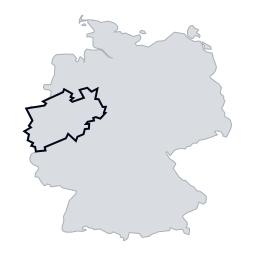 location of Nordrhein-Westfalen within Germany
{"feature_id": "DEU-1572", "entity_name": "Nordrhein-Westfalen", "entity_type": "State", "adm_level": 1, "iso_a3": "DEU", "parent_name": "Germany", "parent_adm1": "", "projection": "natural_earth1", "projection_center": [7.941, 51.424], "detail": "coarse", "context": "in_parent", "style": "outline", "palette": "ink", "viewbox_px": 256, "rotation_deg": 0, "n_neighbors": 0, "source": "natural_earth", "source_scale": "10m", "svg_char_len": 4048}
<svg xmlns="http://www.w3.org/2000/svg" viewBox="0 0 256 256"><path d="M108.2,233.4L100.2,229.1L93.3,229.5L92.1,228.1L89.7,228.2L86.1,226.0L83.0,227.3L82.2,228.6L82.5,229.3L85.7,229.4L86.1,230.1L82.9,231.4L77.5,231.0L71.2,232.2L65.9,232.1L62.9,231.0L62.0,229.0L62.3,226.1L63.5,222.2L63.9,219.3L63.3,217.5L64.1,214.8L66.1,211.2L69.2,200.7L76.1,193.4L76.0,190.9L64.0,188.3L62.0,187.6L60.3,185.6L50.8,186.8L50.0,184.8L47.5,184.0L44.9,185.6L43.9,185.4L40.3,180.7L39.4,178.5L37.6,177.1L35.0,176.9L35.8,172.6L38.3,169.4L38.4,166.8L33.1,164.6L30.4,161.6L29.8,158.1L31.3,154.1L35.7,151.7L35.2,147.7L31.5,145.7L31.3,145.0L32.8,143.5L27.4,139.1L28.6,134.6L27.7,133.3L25.2,132.3L24.3,130.9L26.2,130.6L30.5,127.5L30.7,127.0L29.5,126.6L29.3,125.3L32.2,118.8L32.1,117.7L29.8,114.5L29.7,113.3L26.6,109.7L26.6,108.6L31.5,106.3L35.8,107.9L37.4,107.0L39.5,107.1L44.5,105.5L45.9,103.5L44.0,101.8L44.2,100.6L49.9,97.0L50.8,95.2L51.2,91.9L50.5,90.8L49.7,90.1L44.8,89.5L43.5,87.6L43.9,85.1L44.8,84.6L50.7,84.6L53.1,77.4L54.5,75.1L54.9,66.0L51.7,63.3L53.0,58.1L55.2,55.4L56.9,54.6L64.6,54.1L73.1,54.3L76.6,58.5L75.3,60.7L77.3,61.7L78.3,61.3L79.6,57.4L80.3,56.7L83.9,59.4L83.9,62.8L84.9,58.1L84.1,54.9L84.6,51.7L86.6,49.1L92.8,50.2L99.7,49.6L102.3,50.8L108.2,56.9L112.7,58.2L109.2,56.9L102.1,49.5L94.6,47.6L93.0,45.5L93.0,38.0L90.2,36.6L87.2,37.1L86.7,35.4L87.2,34.1L94.0,32.2L94.1,30.1L87.9,22.9L87.7,19.8L92.8,20.0L99.1,21.4L100.6,22.5L108.6,21.1L114.7,23.3L117.6,26.3L117.8,28.9L114.3,32.0L120.4,31.6L121.9,33.8L125.2,33.0L133.5,36.5L139.7,34.7L140.9,37.5L139.7,40.3L135.3,43.3L136.3,45.2L137.7,45.6L141.9,45.2L148.5,47.1L157.2,41.3L164.2,40.7L174.3,32.2L184.4,33.8L187.1,37.4L193.9,41.5L200.0,41.1L202.3,44.9L203.4,49.7L207.0,52.1L212.3,53.2L213.3,58.2L216.2,66.0L216.2,68.4L215.3,71.1L213.7,73.3L210.3,76.0L210.1,77.6L219.0,84.3L221.5,87.7L220.2,92.5L221.6,94.9L223.1,95.7L223.7,96.9L223.8,99.7L224.9,100.5L223.3,105.6L221.7,107.7L222.3,109.5L224.7,112.7L224.8,116.6L229.7,119.2L231.7,124.5L230.6,129.1L226.4,137.1L222.9,136.0L223.1,134.3L222.4,134.2L221.2,132.0L216.1,130.7L214.7,131.8L217.3,134.8L206.8,138.7L199.1,140.4L196.4,143.4L195.0,142.8L191.9,144.1L190.7,146.0L186.9,146.6L185.3,149.1L181.3,148.3L176.4,149.4L174.2,150.7L170.3,155.6L167.0,151.8L166.2,151.8L166.0,153.1L168.0,155.8L168.8,158.0L174.6,162.2L175.8,163.9L173.2,168.5L178.8,176.6L183.1,180.5L185.4,180.4L190.7,185.5L194.1,187.2L196.8,190.7L200.2,191.3L205.4,195.5L206.4,196.9L205.9,202.2L203.4,204.1L199.0,202.3L196.6,208.8L185.7,213.4L182.6,216.3L182.7,217.2L187.2,222.6L187.3,225.1L186.1,227.6L189.2,228.3L189.7,229.6L188.9,234.8L184.1,232.9L183.2,230.0L181.2,229.1L176.5,230.1L170.2,227.7L169.7,230.6L158.8,231.7L151.4,234.5L149.2,236.3L143.3,237.3L141.9,237.1L139.4,233.5L129.3,232.6L127.8,238.1L126.5,239.6L123.5,240.6L123.8,238.1L120.7,237.3L120.6,235.6L118.5,234.0L113.3,231.9L111.1,233.4L108.2,233.4ZM199.5,34.6L200.1,36.5L199.5,37.5L197.0,35.8L194.5,35.9L193.1,38.4L191.9,38.5L188.0,36.2L187.4,35.1L187.6,30.0L188.7,28.9L188.9,27.3L191.0,25.6L192.9,25.6L194.5,28.0L198.2,29.5L198.5,30.2L196.6,32.3L197.1,33.4L199.5,34.6ZM211.0,46.9L211.1,49.2L204.7,48.9L204.2,47.2L204.5,45.6L202.4,43.8L202.3,41.9L211.0,46.9ZM80.5,21.4L79.2,23.6L79.4,19.6L81.8,15.4L82.8,15.5L81.5,17.4L81.2,19.9L86.8,20.1L86.1,20.8L80.5,21.4ZM145.7,33.6L142.2,33.6L139.6,32.2L141.2,30.3L144.5,31.2L145.7,33.6ZM85.9,25.2L85.0,25.9L81.7,25.1L84.1,23.8L85.5,24.2L85.9,25.2Z" fill="#d9dde1" stroke="#a8b0b8" stroke-width="1"/><path d="M43.0,101.4L63.0,92.2L64.1,89.2L72.2,93.7L70.6,97.0L73.3,98.0L70.4,100.3L72.3,101.8L83.9,97.8L79.6,89.9L87.3,87.8L91.5,91.7L97.4,88.6L95.3,99.0L98.6,99.2L102.7,107.0L105.8,106.8L103.9,112.8L105.4,113.0L100.3,118.6L95.8,117.1L93.2,118.0L94.0,120.5L87.7,121.8L85.9,124.0L89.2,124.0L88.9,128.7L84.8,129.1L83.5,134.2L77.4,136.8L75.9,141.0L68.1,133.8L65.9,138.3L44.7,147.2L45.5,150.5L35.9,151.5L35.1,146.9L31.3,145.8L33.1,143.0L27.7,140.3L29.0,134.5L24.3,131.3L30.9,127.4L28.9,125.7L32.4,120.6L26.2,108.5L44.6,105.5L46.1,103.5L43.0,101.4Z" fill="none" stroke="#020617" stroke-width="2"/></svg>